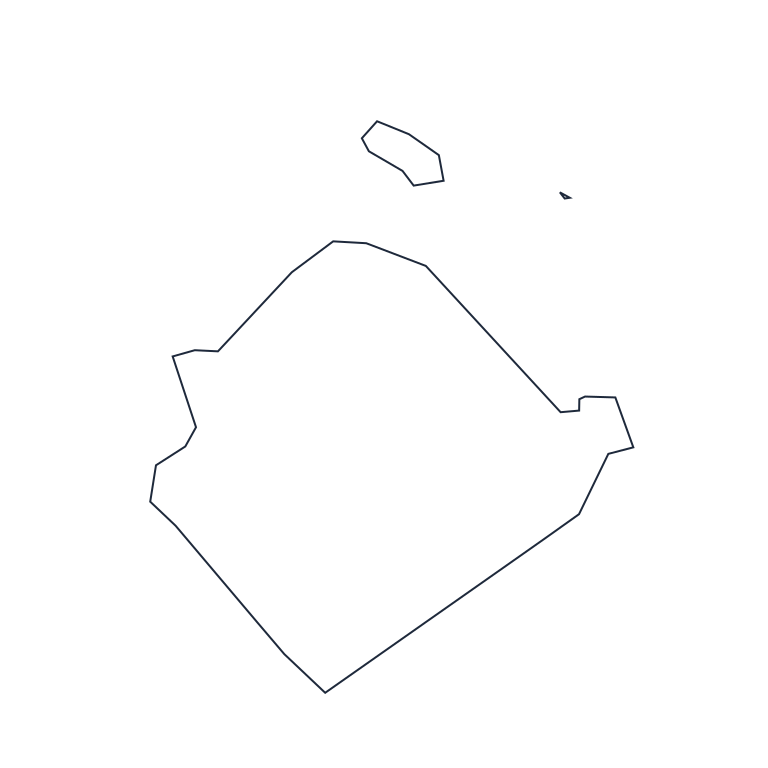 the district of San Francisco, California, United States of America, rotated 325°
{"feature_id": "52423323B46695716253077", "entity_name": "San Francisco", "entity_type": "district", "adm_level": 2, "iso_a3": "USA", "parent_name": "United States of America", "parent_adm1": "California", "projection": "mercator", "projection_center": [-122.408, 37.77], "detail": "fine", "context": "isolated", "style": "outline", "palette": "slate", "viewbox_px": 768, "rotation_deg": 325, "n_neighbors": 0, "source": "geoboundaries", "source_scale": "gbopen_adm2", "svg_char_len": 648}
<svg xmlns="http://www.w3.org/2000/svg" viewBox="0 0 768 768"><g transform="rotate(325 384 384)"><path d="M469.1,602.5L527.7,569.9L551.9,578.9L565.8,527.7L541.5,509.6L535.3,508.5L528.6,517.7L512.5,508.4L486.0,311.3L450.2,258.5L424.2,238.0L375.0,239.5L372.5,239.6L266.7,262.0L248.4,247.8L226.7,240.2L205.2,311.6L185.4,321.2L150.6,319.8L125.0,346.3L132.0,380.6L143.5,506.7L147.4,548.1L158.7,603.2L388.9,602.9L430.2,602.8L469.1,602.5ZM506.8,170.0L505.1,184.7L521.4,220.1L522.1,238.5L549.4,251.7L560.2,228.0L547.7,193.7L529.0,164.8L506.8,170.0ZM638.0,327.9L638.4,335.7L643.0,338.0L638.0,327.9Z" fill="none" stroke="#1e293b" stroke-width="2"/></g></svg>